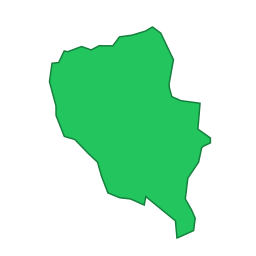 Shada'a, Sa`dah, Yemen (Mercator projection), rotated 7°
{"feature_id": "15242507B23625419846835", "entity_name": "Shada'a", "entity_type": "district", "adm_level": 2, "iso_a3": "YEM", "parent_name": "Yemen", "parent_adm1": "Sa`dah", "projection": "mercator", "projection_center": [43.194, 16.887], "detail": "fine", "context": "isolated", "style": "filled", "palette": "green", "viewbox_px": 256, "rotation_deg": 7, "n_neighbors": 0, "source": "geoboundaries", "source_scale": "gbopen_adm2", "svg_char_len": 834}
<svg xmlns="http://www.w3.org/2000/svg" viewBox="0 0 256 256"><g transform="rotate(7 128 128)"><path d="M139.9,24.8L133.5,29.7L120.8,35.3L119.8,35.6L108.4,38.6L102.9,48.3L89.3,49.9L81.9,55.0L72.1,52.8L69.0,54.3L59.0,59.6L55.3,59.3L51.2,71.5L44.7,73.0L44.4,91.6L53.8,114.8L55.1,124.4L65.8,144.1L76.6,145.9L92.2,158.5L101.9,165.6L107.7,179.3L116.0,194.9L128.3,198.2L139.1,198.1L153.5,202.5L154.0,193.9L166.5,201.8L186.4,214.4L190.0,231.2L193.6,229.1L194.1,228.8L194.6,228.5L205.6,221.8L205.6,219.7L205.7,209.4L201.3,201.9L193.5,191.4L193.5,170.5L202.2,153.3L203.5,139.0L204.7,137.1L211.6,132.7L211.0,127.9L197.5,120.6L196.5,94.7L177.0,94.4L167.6,91.5L164.2,83.2L163.4,79.3L164.8,54.7L149.8,31.2L149.3,30.5L149.2,30.2L148.9,29.8L143.7,26.9L142.6,26.2L142.0,25.8L139.9,24.8Z" fill="#22c55e" stroke="#15803d" stroke-width="1.5"/></g></svg>